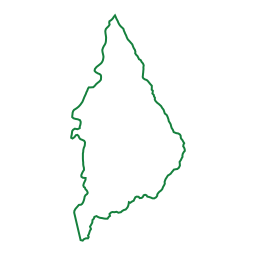 outline of São João das Missões, Minas Gerais, Brazil, rotated 90°
{"feature_id": "56859067B77919866455333", "entity_name": "São João das Missões", "entity_type": "district", "adm_level": 2, "iso_a3": "BRA", "parent_name": "Brazil", "parent_adm1": "Minas Gerais", "projection": "mercator", "projection_center": [-44.236, -14.88], "detail": "fine", "context": "isolated", "style": "outline", "palette": "green", "viewbox_px": 256, "rotation_deg": 90, "n_neighbors": 0, "source": "geoboundaries", "source_scale": "gbopen_adm2", "svg_char_len": 3820}
<svg xmlns="http://www.w3.org/2000/svg" viewBox="0 0 256 256"><g transform="rotate(90 128 128)"><path d="M240.1,175.4L240.6,173.3L239.2,172.1L238.3,170.0L238.3,168.0L237.0,167.3L235.6,168.0L234.3,167.2L232.7,166.7L230.8,166.1L229.0,165.0L226.6,166.0L224.7,164.8L222.5,163.7L220.0,163.5L218.7,162.2L216.9,161.6L216.1,159.5L217.1,157.8L217.8,156.0L218.1,153.8L218.5,152.1L218.7,150.6L218.7,148.5L216.8,147.2L215.9,146.0L214.0,146.5L212.6,145.1L212.0,143.7L212.2,141.7L211.8,139.4L212.7,137.6L212.2,135.1L210.9,133.7L210.0,132.1L209.5,130.3L207.4,128.5L205.5,127.7L204.1,127.4L202.2,127.1L202.8,125.8L201.6,124.1L200.7,122.3L198.9,121.5L197.2,120.6L196.6,119.3L196.8,117.4L198.1,116.3L197.9,114.3L196.7,113.0L195.3,112.4L194.8,110.9L195.3,109.5L196.6,108.7L197.0,106.9L197.6,105.1L198.3,103.6L198.4,101.8L197.3,99.9L195.8,98.8L194.4,98.7L192.9,97.7L191.7,96.6L190.7,95.2L189.2,93.8L186.9,92.9L185.2,91.9L183.7,91.2L181.9,91.4L179.3,90.5L177.1,89.1L175.5,88.1L174.7,86.7L173.7,85.3L172.3,84.3L170.9,83.1L169.6,82.1L169.3,80.6L169.0,78.7L167.8,77.2L165.6,76.1L163.8,76.2L161.9,76.4L160.0,75.1L158.2,74.3L156.9,73.5L155.5,73.6L153.7,73.2L152.0,72.2L150.9,71.2L149.3,71.3L147.6,71.9L146.3,72.8L144.5,72.5L143.2,71.8L141.8,72.7L140.1,73.6L138.6,74.9L137.3,75.3L135.9,75.3L134.6,76.0L133.5,77.6L133.1,79.9L132.1,82.3L129.9,83.1L127.9,84.4L125.8,85.0L124.4,85.3L123.1,86.0L121.2,87.2L119.2,87.6L117.5,88.2L116.2,88.7L114.9,89.4L113.5,91.2L111.6,91.8L109.6,92.5L108.0,93.8L106.1,94.9L105.0,96.1L103.9,97.3L102.9,98.7L101.1,100.4L99.6,101.2L97.7,101.1L96.4,102.0L95.0,102.2L93.5,103.6L92.2,103.3L90.7,103.2L89.7,104.3L87.9,104.2L85.7,104.2L84.1,105.7L82.6,106.9L81.1,108.1L80.0,109.3L79.4,111.1L78.3,112.7L77.0,113.3L75.4,113.1L73.9,113.0L72.5,112.8L70.8,112.7L69.1,112.5L67.3,112.6L65.3,112.3L63.5,113.0L61.9,114.4L60.1,115.3L59.2,117.0L57.7,117.7L56.1,118.5L54.7,119.9L53.3,120.8L51.8,120.6L49.9,121.1L48.4,122.1L46.9,122.8L44.4,123.7L42.7,125.2L41.3,126.4L39.4,128.2L37.4,129.2L35.4,129.9L33.7,130.8L32.2,131.4L30.7,132.1L29.0,132.5L28.0,133.4L26.9,134.7L25.5,136.0L24.3,136.8L22.6,137.7L21.0,138.3L19.6,139.1L18.2,139.8L16.9,140.3L15.4,141.0L17.0,142.3L18.5,143.2L20.0,144.7L21.3,146.6L22.9,146.8L24.6,146.4L26.4,147.6L27.7,149.0L29.1,150.2L31.1,150.7L33.4,150.5L35.2,150.2L37.5,149.9L39.7,150.0L41.3,150.1L42.9,150.4L44.5,151.1L46.0,152.1L47.8,153.0L50.0,153.7L51.9,153.5L53.7,153.1L55.4,152.7L56.9,152.5L58.9,152.8L60.5,153.2L61.8,153.8L63.1,154.7L64.1,155.8L65.2,157.2L67.0,159.5L69.0,161.1L70.8,161.4L72.2,160.2L73.4,158.1L74.1,156.3L75.3,155.1L77.0,154.9L79.7,155.1L81.4,156.5L82.8,158.3L84.2,159.9L85.7,161.1L87.2,162.7L87.4,165.3L87.4,167.2L88.6,168.0L90.8,168.8L92.3,169.6L93.8,170.1L95.3,170.8L97.2,171.7L99.0,172.4L100.5,173.0L101.9,173.6L103.0,174.4L104.7,175.6L106.6,177.3L107.9,178.9L109.0,180.5L109.8,181.9L111.2,182.9L112.8,183.4L114.3,183.5L115.6,183.7L117.1,183.8L118.3,182.5L118.9,180.5L119.3,178.2L120.2,176.0L121.9,175.3L123.4,175.4L125.0,175.7L126.3,176.2L128.2,176.3L129.2,178.5L128.7,181.2L129.8,182.9L131.1,183.8L132.6,184.0L134.8,184.3L136.3,184.7L137.8,184.8L138.5,183.5L137.2,181.6L135.2,180.1L134.9,178.6L136.1,177.4L137.7,176.8L139.1,175.7L139.6,174.4L140.2,173.0L140.8,171.8L142.3,171.0L144.0,171.1L145.8,171.3L147.9,172.2L150.1,172.7L152.0,172.8L153.5,173.1L154.9,173.1L156.9,173.1L158.6,173.1L160.7,173.0L162.4,172.8L164.2,172.8L165.8,172.6L167.8,172.1L169.9,172.0L171.4,173.0L173.4,174.0L175.2,174.7L176.7,174.6L177.7,173.3L177.9,171.9L178.0,170.4L179.8,170.5L181.1,171.1L183.2,172.1L185.3,172.7L186.9,172.2L187.6,171.1L189.3,170.5L190.3,169.4L191.5,168.7L192.9,168.3L194.1,169.0L195.2,170.5L196.8,171.4L198.2,171.6L200.2,172.1L202.3,172.9L203.9,173.9L204.7,175.0L204.9,177.1L207.0,178.9L208.8,180.5L210.8,181.6L212.7,181.8L240.1,175.4Z" fill="none" stroke="#15803d" stroke-width="2"/></g></svg>